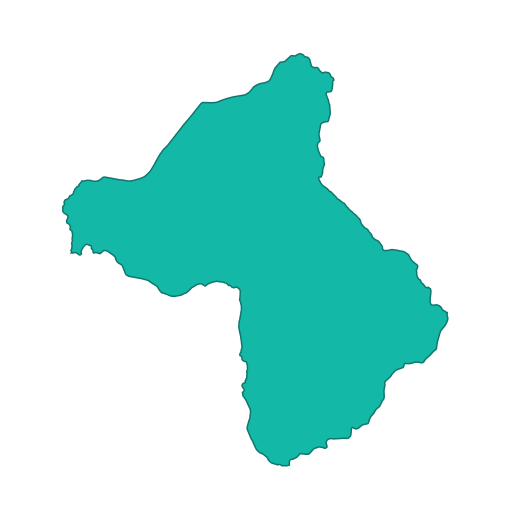 the district of Maliana, Bobonaro, East Timor, rotated 186°
{"feature_id": "22284137B67837040381832", "entity_name": "Maliana", "entity_type": "district", "adm_level": 2, "iso_a3": "TLS", "parent_name": "East Timor", "parent_adm1": "Bobonaro", "projection": "orthographic", "projection_center": [125.209, -8.986], "detail": "fine", "context": "isolated", "style": "filled", "palette": "teal", "viewbox_px": 512, "rotation_deg": 186, "n_neighbors": 0, "source": "geoboundaries", "source_scale": "gbopen_adm2", "svg_char_len": 6045}
<svg xmlns="http://www.w3.org/2000/svg" viewBox="0 0 512 512"><g transform="rotate(186 256 256)"><path d="M113.8,129.8L114.7,135.4L114.3,141.0L114.6,142.7L114.6,144.5L109.7,150.1L108.2,152.9L105.6,156.5L103.5,157.9L98.0,160.5L97.5,162.0L97.3,164.2L96.5,164.6L92.2,165.0L89.0,166.0L87.2,167.0L83.4,167.4L81.2,167.1L79.8,167.1L78.2,167.9L77.5,169.5L75.7,172.3L74.4,173.4L72.1,176.1L69.4,179.9L67.2,181.9L66.9,182.7L66.7,189.2L64.9,199.5L64.4,201.0L60.8,206.5L59.6,209.3L58.8,211.9L58.7,214.1L59.8,217.2L59.9,219.7L60.3,219.6L62.1,220.7L64.3,221.6L65.3,222.5L66.7,224.5L68.6,225.8L71.1,226.3L72.0,226.3L73.7,225.7L75.3,225.6L76.4,225.8L77.4,226.8L78.0,228.5L78.3,231.2L78.3,239.0L79.0,241.5L81.5,242.9L82.0,242.5L83.4,242.3L84.5,243.1L87.0,245.7L88.7,246.6L89.8,248.9L90.4,249.5L91.5,249.9L92.6,250.9L94.1,253.8L94.4,256.1L94.9,258.0L95.0,259.0L94.6,259.9L94.0,262.3L94.5,263.7L99.4,266.8L100.9,268.1L101.8,269.1L104.4,273.2L108.1,275.3L110.5,276.0L113.5,276.1L116.1,276.5L121.5,276.6L126.3,275.1L129.3,274.9L129.9,275.2L130.9,276.3L131.3,278.1L131.8,279.2L135.6,283.5L139.6,284.9L140.4,285.7L141.8,286.5L143.5,289.6L146.0,291.8L147.8,294.0L149.0,294.7L150.9,295.4L154.2,298.6L155.2,300.1L155.9,302.2L157.1,303.9L158.3,304.5L160.8,307.0L163.3,308.4L165.1,310.0L167.9,311.8L169.5,313.4L171.3,314.7L173.2,317.2L176.5,318.8L178.4,320.2L181.3,321.5L182.4,322.9L188.4,327.8L189.7,328.0L191.9,330.2L197.2,333.2L198.3,334.2L199.3,335.4L199.5,335.9L200.9,337.8L202.0,340.4L201.8,341.0L199.6,341.3L199.1,342.7L198.5,345.2L198.7,348.4L198.2,351.6L197.6,353.7L197.6,355.2L198.2,356.4L198.6,358.3L198.7,359.6L199.1,360.6L199.5,361.0L202.1,362.1L204.8,367.0L206.4,371.3L206.5,374.1L206.3,374.8L204.7,376.5L204.4,377.9L206.0,382.7L206.2,383.9L205.5,392.2L205.6,393.1L204.9,394.6L202.6,396.2L200.7,396.8L199.2,397.0L198.5,397.4L198.1,398.1L197.8,400.8L197.2,403.9L197.1,405.9L198.6,414.1L199.6,415.8L200.4,418.8L201.2,420.0L203.2,424.2L202.9,425.9L202.5,426.4L201.4,426.8L200.1,426.9L198.5,427.6L198.1,428.2L197.7,430.7L197.7,434.7L198.0,437.6L196.9,439.2L198.0,441.2L200.0,442.0L201.1,444.2L202.2,445.4L202.9,445.8L206.6,446.1L208.5,445.1L209.6,445.2L212.3,447.2L213.5,449.0L215.1,449.9L217.4,449.4L218.4,449.5L220.2,450.3L220.8,450.8L223.1,456.9L224.2,458.2L225.1,458.8L225.8,459.1L228.0,459.2L229.1,459.9L229.8,460.8L231.8,461.6L233.2,461.8L234.0,461.6L235.2,461.0L238.0,459.0L241.5,459.0L242.3,458.6L247.6,452.6L249.1,451.9L252.3,451.2L256.3,445.5L257.2,443.7L258.5,438.4L259.8,434.4L260.9,432.1L261.8,431.1L263.3,430.2L265.6,429.2L270.4,427.7L273.1,426.2L276.0,423.9L278.7,419.5L279.8,418.1L283.2,415.4L284.7,414.8L295.1,411.9L299.8,410.2L305.9,407.5L310.8,404.9L313.0,404.3L316.8,403.7L325.0,403.1L325.8,402.6L326.8,401.6L335.5,387.9L341.5,379.2L355.2,357.1L359.3,352.0L362.3,346.7L365.4,339.7L366.8,336.0L370.0,329.3L373.7,324.7L375.6,323.0L378.3,321.4L385.2,318.5L389.5,317.3L392.6,317.3L396.7,317.6L399.4,317.5L414.5,318.7L416.3,318.3L419.4,315.2L421.7,314.0L423.6,313.5L424.6,313.5L427.1,313.5L428.4,313.9L432.0,313.6L435.1,312.5L437.0,312.5L438.1,310.3L439.5,308.6L439.5,307.1L441.2,306.3L442.1,304.8L443.0,303.8L443.4,302.2L444.1,300.7L444.1,299.7L444.5,298.5L446.0,297.0L447.2,296.6L447.6,296.1L448.0,294.7L448.6,293.8L449.6,292.9L451.7,291.8L452.1,291.1L452.5,289.6L451.9,287.6L452.2,286.6L453.2,285.2L453.3,284.1L452.7,280.0L451.8,279.0L447.9,276.8L447.3,276.2L447.0,274.4L448.1,271.3L447.7,269.5L446.9,268.8L445.4,268.3L444.2,266.8L443.7,266.0L443.6,265.1L443.9,264.2L443.6,262.7L442.6,262.3L441.6,261.4L440.6,258.0L440.5,256.4L440.7,255.1L440.5,252.8L440.1,251.9L440.7,249.4L440.1,247.5L440.0,244.6L440.6,241.9L439.5,240.4L440.0,239.7L438.0,239.9L436.4,240.6L434.9,240.4L432.0,238.6L430.7,238.8L430.0,239.5L429.9,240.2L430.4,241.6L430.4,242.3L429.6,245.0L427.8,248.2L426.3,249.7L425.3,249.9L424.1,249.8L423.1,249.2L421.1,249.0L420.7,248.4L420.5,246.2L420.1,245.7L419.4,245.6L418.8,244.7L418.4,242.6L417.6,242.0L416.4,242.6L415.2,242.7L411.3,242.0L408.3,245.3L407.4,245.7L404.4,245.4L398.7,242.3L395.9,240.3L395.2,238.1L393.5,235.7L392.2,234.7L388.8,233.2L388.0,232.5L383.9,224.7L383.2,223.8L380.5,222.5L366.9,221.5L360.9,220.5L355.6,217.6L351.3,215.6L348.0,211.4L345.9,209.5L344.6,209.4L340.5,208.5L337.0,207.4L335.1,207.2L332.7,207.4L327.8,208.8L325.7,209.6L323.9,210.9L321.2,212.3L318.4,215.3L316.8,217.6L311.6,221.5L309.3,222.4L307.0,222.6L303.7,220.9L303.0,221.0L301.6,222.6L300.0,223.7L295.9,225.7L292.2,226.8L288.7,226.5L287.7,226.7L283.6,226.1L281.5,225.2L280.2,223.8L279.6,224.1L278.7,224.1L276.8,222.6L275.2,222.1L274.5,222.1L272.0,223.2L271.2,222.8L268.8,221.1L268.1,220.0L267.8,217.5L267.6,213.0L267.7,210.7L266.5,208.2L265.3,204.7L264.9,201.1L265.5,191.1L265.9,189.0L265.7,183.8L264.9,180.7L262.8,174.3L260.3,163.8L260.9,160.6L260.9,158.9L261.8,157.0L261.8,156.3L261.5,155.3L259.8,154.5L259.3,153.2L259.0,151.5L258.5,151.0L257.1,150.2L254.5,149.7L253.1,146.3L252.6,141.9L253.0,141.1L253.2,139.3L252.4,137.9L252.7,136.2L252.3,133.2L253.0,132.9L253.3,131.1L253.8,130.7L253.3,128.9L255.6,127.9L256.4,125.9L255.9,124.4L253.9,122.4L253.6,121.1L254.2,119.8L255.2,119.0L254.4,115.7L251.0,111.8L245.7,102.9L245.1,100.4L245.2,93.8L245.9,91.1L246.9,84.9L246.8,83.2L242.0,74.2L240.3,71.9L235.7,64.1L234.5,62.8L232.3,61.2L231.0,60.5L228.4,59.8L224.0,57.0L222.2,54.2L220.5,52.8L218.8,51.8L213.4,50.7L212.6,50.6L210.8,51.2L209.4,50.8L208.6,50.2L207.6,50.2L202.5,50.8L200.9,51.6L201.3,53.6L201.3,55.0L200.9,56.7L199.5,57.5L197.6,58.0L194.2,60.3L191.7,63.8L190.5,64.1L186.0,64.0L183.0,64.4L182.0,65.4L178.2,70.5L173.5,72.7L169.8,72.6L168.5,72.1L167.5,72.0L166.5,72.3L165.4,73.5L165.5,74.3L166.6,77.1L166.8,78.2L166.3,79.7L165.6,80.8L165.0,81.3L162.7,82.3L159.9,82.2L149.6,83.9L146.3,84.1L145.1,84.5L143.4,86.5L143.0,87.6L142.9,91.7L143.1,93.2L142.8,95.1L142.3,95.6L141.4,95.4L140.2,94.8L139.0,94.5L137.8,94.7L136.6,95.2L135.5,96.1L132.5,99.2L127.2,101.0L126.6,102.6L125.8,106.3L124.9,108.4L122.2,112.3L121.2,114.8L120.4,116.2L117.4,119.3L115.2,125.2L114.1,126.9L113.8,128.4L113.8,129.8Z" fill="#14b8a6" stroke="#0f766e" stroke-width="1.5"/></g></svg>